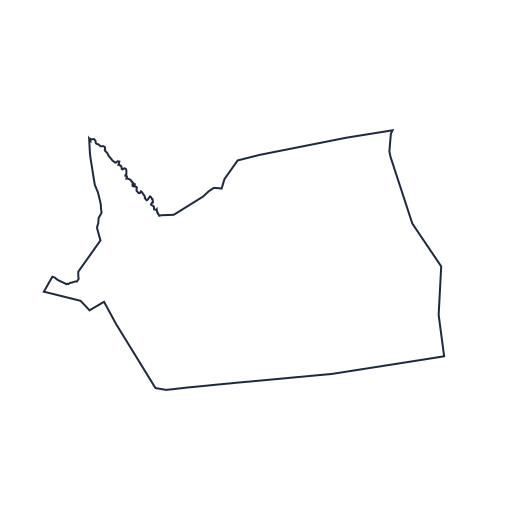 the district of San Miguel Achiutla, Oaxaca, Mexico, rotated 10°
{"feature_id": "50627088B14664801571450", "entity_name": "San Miguel Achiutla", "entity_type": "district", "adm_level": 2, "iso_a3": "MEX", "parent_name": "Mexico", "parent_adm1": "Oaxaca", "projection": "robinson", "projection_center": [-97.508, 17.31], "detail": "fine", "context": "isolated", "style": "outline", "palette": "slate", "viewbox_px": 512, "rotation_deg": 10, "n_neighbors": 0, "source": "geoboundaries", "source_scale": "gbopen_adm2", "svg_char_len": 2822}
<svg xmlns="http://www.w3.org/2000/svg" viewBox="0 0 512 512"><g transform="rotate(10 256 256)"><path d="M440.2,234.1L404.3,196.9L371.3,135.1L369.2,129.9L367.6,112.3L368.6,108.5L324.2,123.9L242.0,155.8L221.3,165.1L211.6,185.7L210.4,195.6L207.5,195.7L202.5,196.3L198.1,200.6L193.5,206.7L170.1,227.7L167.8,229.7L155.7,232.3L153.7,233.2L152.4,231.4L152.2,231.5L151.2,230.3L151.3,229.8L150.7,228.9L150.4,228.5L150.1,227.4L149.8,228.0L147.6,227.8L146.9,225.3L146.7,224.9L146.4,224.8L143.7,223.7L143.9,222.4L144.5,221.6L145.2,221.2L144.4,218.5L144.2,217.9L143.7,217.9L142.3,216.2L141.3,215.7L140.2,217.8L139.5,219.4L138.7,220.1L138.3,219.9L136.5,218.3L136.6,218.0L136.0,216.6L135.0,215.3L134.3,214.9L132.9,213.2L131.5,212.3L130.7,214.2L130.0,214.4L129.6,214.4L129.3,214.3L127.0,212.4L126.9,211.5L126.6,210.0L126.8,209.4L126.2,208.7L125.9,208.6L122.4,208.6L122.0,207.1L124.2,207.3L124.2,206.5L123.4,206.6L122.3,205.2L121.5,204.9L121.1,204.3L120.4,204.3L120.0,203.6L119.3,202.8L117.9,202.4L116.4,202.1L115.6,202.2L114.9,202.3L115.1,200.0L114.0,199.7L113.4,199.6L113.5,198.7L114.1,198.0L114.1,197.9L113.7,195.2L113.5,194.4L112.9,193.0L111.4,192.4L109.4,193.9L108.7,193.7L108.4,192.6L108.2,191.8L107.4,190.9L106.9,190.4L106.6,190.6L105.5,190.0L104.7,190.1L105.0,187.7L105.0,186.7L103.2,186.8L101.7,188.4L100.9,188.4L99.7,187.7L98.0,186.9L97.0,185.9L96.1,185.1L93.7,183.2L91.6,180.4L89.1,178.6L88.6,177.5L88.9,176.8L88.2,174.9L86.2,174.3L85.0,174.8L84.2,174.9L83.7,174.7L83.0,174.5L82.4,174.0L81.6,173.4L80.5,173.4L79.4,173.2L79.0,172.8L78.5,172.4L78.3,171.4L77.9,170.5L77.4,169.9L76.8,169.4L76.1,169.1L75.5,169.1L74.8,169.3L74.5,169.4L73.7,169.7L73.2,169.8L72.8,169.6L73.0,171.0L71.3,169.4L73.5,178.9L74.5,183.2L75.4,186.4L76.9,190.9L82.5,207.1L84.0,211.4L85.0,214.1L89.3,220.8L93.0,229.2L94.4,232.8L94.8,235.1L96.4,240.3L94.4,246.0L95.0,251.0L94.5,254.7L94.7,256.3L100.1,267.7L83.7,302.3L84.5,306.7L85.3,309.3L84.1,312.2L82.1,312.6L79.8,313.9L77.6,314.8L76.5,315.8L76.1,316.2L74.9,316.1L74.2,316.7L73.1,316.3L64.8,314.0L61.3,312.1L59.0,311.8L53.3,328.0L91.0,330.6L101.4,338.3L101.5,338.4L114.3,327.5L130.1,347.4L165.0,386.7L171.9,394.5L176.6,399.8L179.9,403.5L190.4,403.5L197.0,401.7L198.6,401.2L200.6,400.6L204.0,399.6L206.8,398.8L207.2,398.6L207.4,398.6L208.4,398.3L209.4,398.0L210.3,397.7L211.0,397.5L216.2,396.1L219.7,395.1L224.8,393.7L226.2,393.3L227.3,393.0L241.4,389.0L243.8,388.4L246.1,387.7L248.0,387.2L250.2,386.6L252.5,386.0L254.5,385.4L261.3,383.5L265.8,382.3L267.7,381.8L268.3,381.6L270.3,381.1L274.0,380.1L277.1,379.2L278.3,378.9L279.8,378.5L292.2,375.1L295.9,374.1L298.9,373.3L299.3,373.2L302.0,372.4L302.3,372.4L303.5,372.0L304.7,371.7L307.2,371.0L308.1,370.8L308.7,370.6L310.4,370.1L311.3,369.9L311.9,369.7L351.4,358.9L458.7,322.1L446.1,282.3L440.2,234.1Z" fill="none" stroke="#1e293b" stroke-width="2"/></g></svg>